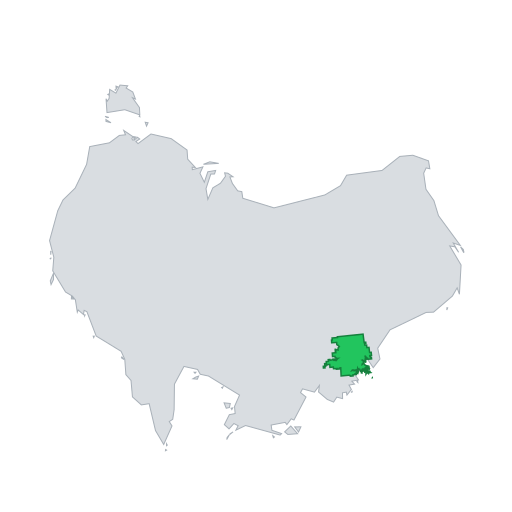 location of Derby-West Kimberley, Western Australia, Australia, rotated 174°
{"feature_id": "25037944B76695994650709", "entity_name": "Derby-West Kimberley", "entity_type": "district", "adm_level": 2, "iso_a3": "AUS", "parent_name": "Australia", "parent_adm1": "Western Australia", "projection": "albers", "projection_center": [123.97, -17.504], "detail": "fine", "context": "in_parent", "style": "filled", "palette": "green", "viewbox_px": 512, "rotation_deg": 174, "n_neighbors": 0, "source": "geoboundaries", "source_scale": "gbopen_adm2", "svg_char_len": 9444}
<svg xmlns="http://www.w3.org/2000/svg" viewBox="0 0 512 512"><g transform="rotate(174 256 256)"><path d="M374.2,92.9L377.7,120.3L385.6,119.9L393.6,128.8L393.3,145.3L397.8,151.6L397.3,167.0L400.1,175.3L423.3,193.1L430.0,218.3L432.6,219.9L433.7,215.8L438.5,220.9L439.6,218.8L440.2,231.3L442.8,235.3L449.2,240.1L459.7,262.5L457.2,275.9L459.7,292.9L448.4,321.8L442.1,331.9L428.8,342.4L414.9,364.8L409.9,382.2L389.9,383.9L379.3,390.2L373.1,390.2L374.4,394.7L365.6,387.3L367.2,386.0L366.7,384.3L365.0,384.1L361.5,386.5L359.4,384.5L363.5,382.4L361.6,380.1L347.7,388.3L328.1,381.6L313.5,368.6L313.8,359.4L307.1,350.4L310.2,351.0L310.3,348.5L299.5,350.2L303.1,344.1L299.7,334.7L295.1,344.8L287.2,345.3L288.7,341.9L292.4,342.2L298.7,328.2L298.0,317.3L291.8,328.3L283.7,332.1L278.0,338.5L278.5,342.0L275.4,341.3L270.6,337.2L273.7,337.4L271.9,330.6L267.4,322.7L263.4,321.5L263.1,314.8L233.1,302.0L181.2,309.5L164.6,317.1L157.4,326.9L121.7,327.9L102.6,340.0L89.5,339.8L74.5,332.6L74.0,324.6L77.6,325.8L80.6,320.8L80.0,304.6L73.3,292.5L70.3,277.0L51.7,245.2L58.5,248.3L54.1,238.5L57.2,244.3L62.3,245.8L53.0,225.6L57.7,196.7L59.3,203.3L64.9,195.6L85.3,181.6L92.7,182.1L130.4,168.6L144.6,151.6L143.5,140.6L151.1,132.7L157.6,144.9L160.9,138.1L156.8,133.3L158.0,130.2L170.6,132.3L166.6,131.1L169.3,126.3L167.0,122.0L173.8,121.5L171.4,118.3L177.0,117.9L175.1,113.3L180.1,108.2L180.4,111.2L184.3,110.9L184.8,105.1L190.4,107.2L194.1,102.6L200.1,105.9L208.0,114.2L206.5,120.6L212.1,114.5L223.6,119.0L226.0,115.5L221.0,110.5L235.4,88.9L238.0,90.4L242.9,85.1L244.4,87.5L258.6,86.3L258.4,81.0L249.1,76.7L250.7,75.4L284.1,88.5L294.2,84.9L291.5,89.1L295.5,91.7L300.9,86.9L305.1,91.6L299.1,101.0L293.2,101.5L293.1,108.6L286.9,119.4L315.8,141.6L323.8,144.2L326.0,149.3L339.2,153.7L350.5,137.1L353.5,111.7L355.9,102.3L359.6,100.4L357.3,95.8L367.5,78.2L374.2,92.9ZM356.8,408.5L371.2,415.2L389.2,414.2L388.7,428.1L387.8,425.5L385.6,428.1L384.1,437.0L378.3,432.6L373.4,440.2L365.8,438.7L367.6,436.6L361.4,432.0L359.5,424.7L362.3,426.3L356.4,415.8L356.8,408.5ZM233.2,74.9L243.0,75.2L245.9,78.1L239.2,83.3L233.2,74.9ZM283.4,352.0L298.7,352.7L292.1,354.5L283.4,352.0ZM301.5,107.7L303.1,113.3L297.0,112.0L298.3,108.1L301.5,107.7ZM459.2,260.0L459.8,253.8L462.8,249.0L463.2,252.8L459.2,260.0ZM386.3,403.7L391.1,405.5L391.0,407.4L386.3,403.7ZM232.1,76.5L235.4,82.0L229.2,81.4L232.1,76.5ZM352.2,400.6L349.4,399.8L351.3,396.6L352.2,400.6ZM331.6,140.5L328.6,141.9L325.6,142.6L327.2,139.6L331.6,140.5ZM51.6,243.7L49.2,240.9L48.8,238.1L49.2,237.9L51.6,243.7ZM389.7,409.2L391.5,410.7L387.9,409.2L389.7,409.2ZM442.0,232.3L444.1,232.6L443.7,235.4L442.0,232.3ZM398.1,166.8L400.5,168.8L399.9,169.7L398.1,166.8ZM377.6,437.4L377.5,439.6L375.7,438.7L377.6,437.4ZM460.0,278.7L459.7,282.1L459.4,282.0L460.0,278.7ZM258.1,75.6L256.6,74.1L257.7,73.4L258.1,75.6ZM303.7,78.5L301.2,81.0L304.3,76.5L303.7,78.5ZM461.0,274.8L459.8,275.7L460.6,274.6L461.0,274.8ZM303.9,128.8L302.5,129.3L303.3,128.0L303.9,128.8ZM296.7,107.2L295.0,107.4L296.1,105.8L296.7,107.2ZM71.9,182.3L71.5,184.6L70.8,184.4L71.9,182.3ZM364.8,76.7L364.6,78.6L364.0,77.2L364.8,76.7ZM364.9,384.9L365.2,386.0L364.7,385.7L364.9,384.9ZM300.5,81.8L297.2,83.5L300.6,81.3L300.5,81.8ZM175.3,110.6L174.2,111.9L174.9,110.4L175.3,110.6ZM378.8,435.9L377.8,436.3L378.4,435.5L378.8,435.9ZM329.7,146.9L327.9,146.7L328.9,145.7L329.7,146.9ZM168.8,120.5L168.0,121.2L167.9,119.5L168.8,120.5ZM386.5,432.2L385.1,432.7L385.7,431.5L386.5,432.2ZM366.4,71.8L366.1,73.0L365.2,72.3L366.4,71.8ZM364.0,386.3L365.2,387.5L363.1,386.9L364.0,386.3ZM426.3,193.3L425.2,193.2L425.9,191.8L426.3,193.3ZM432.7,215.4L432.1,215.3L432.7,214.3L432.7,215.4ZM357.6,406.9L357.2,407.7L356.9,406.6L357.6,406.9Z" fill="#d9dde1" stroke="#a8b0b8" stroke-width="1"/><path d="M157.7,167.1L183.5,167.2L183.5,166.4L188.9,166.5L188.9,164.5L189.7,164.5L189.8,161.8L184.8,161.6L184.9,159.4L184.4,158.9L183.9,158.9L183.7,158.4L182.6,157.3L184.0,155.9L184.2,154.0L184.7,154.3L185.6,154.0L186.4,154.9L187.0,154.9L187.1,152.4L186.7,152.4L186.7,151.5L190.3,151.5L190.4,148.0L187.9,147.9L187.9,146.3L187.0,146.3L187.0,145.7L185.2,145.6L186.2,145.1L186.2,144.6L186.9,144.0L186.9,144.6L188.3,144.6L188.3,144.0L189.5,144.1L189.5,145.3L190.7,145.3L190.7,144.8L192.8,144.5L193.3,144.6L193.3,145.4L195.0,145.4L195.0,143.6L197.2,143.7L197.2,141.9L199.0,141.8L199.0,139.3L200.6,139.3L200.7,137.6L199.1,137.5L199.0,139.1L198.2,139.1L198.2,140.1L196.9,140.1L196.9,140.5L194.0,140.5L194.1,137.5L190.7,137.5L190.7,135.8L186.9,135.6L187.4,135.0L184.2,134.9L184.2,136.0L183.4,136.0L183.9,127.8L175.6,127.7L175.4,127.2L173.8,127.2L174.3,127.1L174.3,126.6L172.0,126.6L172.0,127.7L168.6,127.7L168.6,129.0L169.0,128.7L169.3,128.8L168.7,129.2L168.3,129.1L167.8,130.0L167.8,129.6L167.2,128.9L167.4,128.6L167.1,128.5L167.0,129.7L166.6,129.6L166.4,130.2L166.7,130.5L166.4,130.8L166.7,131.0L166.5,131.5L166.7,131.8L168.4,131.4L169.8,131.6L171.1,132.4L172.0,132.4L172.2,132.1L172.6,132.0L172.2,132.5L171.3,132.6L170.3,132.1L167.1,132.4L166.5,131.6L165.9,132.4L166.5,132.4L166.6,133.0L167.3,133.3L166.9,133.3L166.7,133.8L166.5,132.7L165.7,133.0L165.8,132.4L164.7,132.4L164.2,131.2L163.6,130.9L162.3,130.7L161.3,130.1L162.3,131.0L161.5,131.1L162.1,131.9L161.6,131.8L161.0,131.1L161.4,131.7L161.0,131.6L161.3,131.8L161.0,131.7L161.2,132.5L160.8,132.4L160.9,132.8L160.5,131.7L160.9,132.0L160.8,131.4L160.1,131.3L159.5,130.7L159.9,130.6L160.1,130.7L159.8,130.2L160.3,130.2L160.1,130.1L159.8,129.6L159.1,129.2L159.3,129.5L159.1,129.5L159.0,129.9L158.9,129.4L157.5,129.7L157.5,130.1L157.9,130.2L157.5,130.2L158.1,130.7L157.7,130.5L157.9,130.7L157.4,130.7L157.4,130.9L157.9,131.4L158.2,131.0L159.2,131.9L158.6,132.0L158.6,131.8L158.3,131.7L159.0,132.4L158.6,132.6L158.3,132.5L158.2,132.6L157.9,132.3L157.0,132.0L157.7,132.5L156.9,132.3L156.9,132.5L158.6,133.2L157.8,133.4L158.4,133.7L156.6,133.0L156.8,133.5L156.0,133.4L156.5,133.6L157.0,134.5L157.1,134.1L157.3,134.2L157.1,133.9L158.1,134.0L157.5,134.4L157.7,134.8L156.9,135.1L158.1,135.4L158.8,136.2L159.2,136.2L160.0,138.0L161.6,137.3L161.6,137.0L161.8,136.9L161.7,137.5L161.2,137.7L160.1,139.0L160.4,140.5L161.3,141.3L160.8,141.4L159.5,139.8L159.1,139.5L158.8,139.7L158.6,139.4L158.4,139.0L157.9,139.1L157.8,140.0L158.5,141.1L157.6,143.6L158.0,144.8L157.8,145.6L157.7,144.9L157.4,144.6L157.0,143.7L155.7,142.6L155.6,141.6L151.8,141.6L151.8,143.1L152.7,143.1L152.7,144.2L153.3,144.2L153.3,145.1L151.5,145.1L151.5,147.2L151.5,148.2L153.1,148.2L153.2,153.3L155.3,153.3L155.3,155.9L157.0,155.9L157.2,157.7L155.9,157.7L155.9,158.8L157.5,158.8L157.7,167.1ZM158.8,129.0L160.1,129.4L160.0,129.0L158.8,129.0ZM156.5,130.1L156.7,130.9L156.8,130.5L157.2,130.7L156.5,130.1ZM155.3,133.7L155.7,134.5L155.7,134.3L155.3,133.7ZM156.4,134.7L157.0,134.9L157.2,134.6L157.0,134.8L156.4,134.7ZM161.2,130.6L161.6,130.9L160.8,130.4L161.2,130.6ZM163.0,128.9L163.3,129.0L163.4,128.8L163.0,128.6L163.0,128.9ZM164.9,132.3L164.8,131.9L164.7,131.6L164.7,132.0L164.9,132.3ZM157.2,128.4L157.5,128.8L157.4,128.6L157.5,128.6L157.2,128.4ZM157.3,141.7L157.5,142.1L157.4,141.6L157.3,141.7ZM160.3,130.8L160.5,130.5L160.5,130.3L160.4,130.2L160.1,130.5L160.3,130.8ZM163.4,130.6L163.5,130.6L163.8,130.5L163.5,130.3L163.4,130.6ZM163.3,129.6L163.0,129.2L162.9,129.3L163.3,129.6ZM158.4,128.9L157.8,128.6L158.1,128.9L158.4,128.9ZM168.8,131.6L168.5,131.7L169.3,131.7L168.8,131.6ZM157.1,127.9L157.2,128.3L157.4,128.2L157.1,127.9ZM170.0,132.0L169.9,131.8L169.6,131.9L169.7,132.0L170.0,132.0ZM160.7,130.6L161.0,130.9L160.7,130.6ZM155.3,131.8L155.2,131.6L155.1,131.8L155.3,131.8ZM157.1,130.9L157.1,130.7L156.9,130.6L157.1,130.9ZM155.6,129.2L156.0,129.2L155.7,128.9L155.6,129.2ZM156.2,129.0L156.3,128.7L156.1,128.6L156.2,129.0ZM161.1,130.0L160.9,130.1L161.1,130.0ZM154.9,129.4L155.2,129.6L155.3,129.6L154.9,129.4ZM159.8,129.6L160.0,130.0L159.8,129.6ZM155.4,132.5L155.2,132.6L155.2,132.8L155.4,132.5ZM158.0,131.6L157.9,131.4L158.0,131.6ZM157.1,129.3L157.1,129.6L157.1,129.4L157.1,129.3ZM156.4,129.5L156.1,129.6L156.4,129.6L156.4,129.5ZM158.6,139.4L158.8,139.3L158.7,139.2L158.6,139.4ZM157.2,134.3L157.1,134.6L157.3,134.5L157.2,134.3ZM155.8,142.6L156.1,142.6L155.8,142.4L155.8,142.6ZM169.7,131.8L169.8,131.7L169.5,131.7L169.7,131.8ZM153.2,122.4L153.1,122.2L153.1,122.5L153.2,122.4ZM159.0,127.0L158.8,127.3L159.0,127.3L159.0,127.0ZM166.9,131.9L167.2,131.9L167.3,131.7L166.9,131.9ZM157.8,129.3L157.8,129.5L157.8,129.3ZM154.8,128.1L154.4,128.2L154.6,128.3L154.8,128.1ZM155.6,133.6L155.8,133.7L155.6,133.6ZM158.5,131.6L158.2,131.4L158.5,131.6ZM158.2,132.2L158.5,132.4L158.2,132.2ZM156.2,130.7L156.4,130.8L156.2,130.7ZM156.3,142.8L156.3,142.6L156.3,142.8ZM155.7,128.5L156.0,128.7L155.9,128.6L155.7,128.5ZM157.4,130.3L157.7,130.4L157.4,130.2L157.4,130.3ZM160.5,130.1L160.5,129.8L160.4,130.0L160.5,130.1ZM159.5,130.6L159.7,130.8L159.7,130.7L159.5,130.6ZM158.1,132.4L158.2,132.5L158.1,132.4ZM160.8,131.0L161.0,131.3L160.9,131.0L160.8,131.0ZM163.0,130.4L163.1,130.6L163.0,130.4ZM161.5,131.4L161.7,131.6L161.4,131.4L161.5,131.4ZM157.2,142.6L157.3,142.6L157.2,142.5L157.2,142.6ZM156.8,143.4L156.7,143.2L156.8,143.4ZM157.1,142.8L157.1,143.0L157.1,142.8L157.1,142.8ZM157.4,130.6L157.6,130.7L157.4,130.6ZM156.0,128.5L155.5,128.4L155.6,128.5L155.9,128.5L156.0,128.5ZM154.9,129.3L154.7,129.2L154.7,129.3L154.9,129.3ZM156.3,133.7L156.2,133.6L156.3,133.7ZM166.1,131.6L166.1,131.8L166.1,131.6ZM157.3,142.4L157.4,142.5L157.4,142.4L157.3,142.4ZM163.2,130.4L163.3,130.3L163.1,130.3L163.2,130.4Z" fill="#22c55e" stroke="#15803d" stroke-width="1.5"/></g></svg>